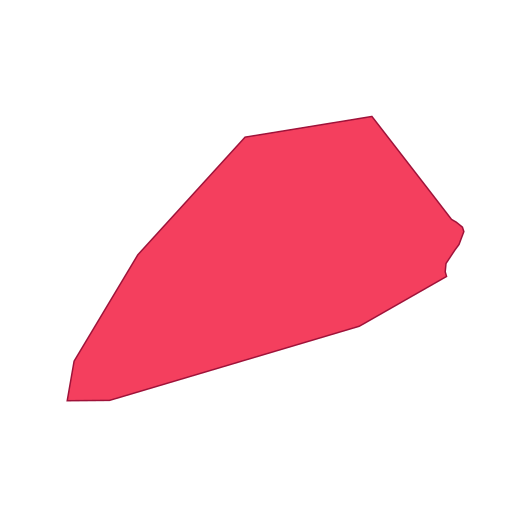 the district of Miami/Bexon, Castries, Saint Lucia, rotated 261°
{"feature_id": "8701671B58668276188859", "entity_name": "Miami/Bexon", "entity_type": "district", "adm_level": 2, "iso_a3": "LCA", "parent_name": "Saint Lucia", "parent_adm1": "Castries", "projection": "albers", "projection_center": [-60.97, 13.924], "detail": "fine", "context": "isolated", "style": "filled", "palette": "rose", "viewbox_px": 512, "rotation_deg": 261, "n_neighbors": 0, "source": "geoboundaries", "source_scale": "gbopen_adm2", "svg_char_len": 467}
<svg xmlns="http://www.w3.org/2000/svg" viewBox="0 0 512 512"><g transform="rotate(261 256 256)"><path d="M375.1,263.8L275.7,139.5L180.6,59.9L142.6,46.9L136.7,86.2L136.3,88.6L170.5,347.1L206.0,441.0L207.6,440.8L210.9,440.4L211.9,440.7L218.9,442.5L225.0,448.1L230.9,453.5L234.6,457.3L235.6,458.3L247.6,465.1L252.2,464.4L258.2,459.0L259.8,457.0L261.6,454.8L293.3,437.5L375.7,392.3L375.5,351.5L375.1,263.8Z" fill="#f43f5e" stroke="#9f1239" stroke-width="1.5"/></g></svg>